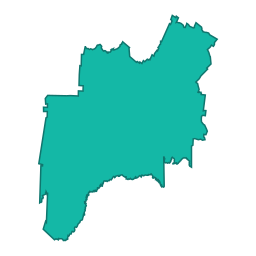 the district of El Chal, Petén, Guatemala
{"feature_id": "79465075B2800048141456", "entity_name": "El Chal", "entity_type": "district", "adm_level": 2, "iso_a3": "GTM", "parent_name": "Guatemala", "parent_adm1": "Petén", "projection": "equal_earth", "projection_center": [-89.714, 16.515], "detail": "fine", "context": "isolated", "style": "filled", "palette": "teal", "viewbox_px": 256, "rotation_deg": 0, "n_neighbors": 0, "source": "geoboundaries", "source_scale": "gbopen_adm2", "svg_char_len": 5795}
<svg xmlns="http://www.w3.org/2000/svg" viewBox="0 0 256 256"><path d="M207.4,49.6L210.3,47.0L211.4,45.1L213.4,46.3L214.4,44.7L214.5,42.5L217.2,39.2L209.7,34.8L208.6,33.0L206.5,32.4L205.1,32.3L202.9,31.7L202.7,30.9L201.7,29.6L201.9,28.6L201.5,27.1L196.0,22.7L194.3,26.6L194.4,27.6L193.3,27.9L189.6,26.3L188.5,24.6L186.8,23.4L186.3,25.2L185.7,26.2L185.3,27.4L184.7,27.2L184.1,27.5L183.6,26.8L183.3,25.3L181.2,23.5L179.3,22.7L178.8,22.8L176.9,22.2L176.3,22.4L178.4,17.8L176.3,16.2L175.8,17.6L172.3,15.4L170.8,19.6L171.4,19.9L172.0,21.1L170.5,24.5L169.5,23.7L161.5,41.7L160.6,41.3L160.5,44.3L159.8,44.6L158.8,46.6L158.0,47.5L158.7,48.2L157.5,50.8L157.0,50.3L154.6,53.5L153.9,56.1L152.1,54.8L149.9,59.8L149.2,59.3L148.3,60.0L147.3,59.2L144.8,61.7L143.4,60.6L141.9,63.5L139.9,62.0L139.5,63.1L137.2,61.5L136.4,62.3L129.7,56.5L129.0,48.2L129.5,47.6L122.7,41.8L122.4,42.7L121.9,43.0L121.5,43.6L121.6,44.4L120.2,44.8L119.9,46.0L120.0,46.5L117.4,48.7L113.9,50.0L113.0,49.8L113.4,48.6L112.2,49.2L111.6,49.2L110.9,49.9L111.4,50.4L110.3,52.1L108.7,52.1L108.4,52.8L107.3,53.0L107.0,52.4L107.2,52.0L106.4,51.9L105.8,51.1L105.1,50.7L104.3,50.7L103.8,51.1L102.9,50.5L102.2,49.2L101.9,49.1L101.3,47.8L101.7,46.3L100.2,44.5L99.2,44.6L98.5,45.1L97.4,45.1L97.0,45.5L96.6,46.6L95.2,48.4L93.9,49.2L93.2,49.2L92.7,49.7L90.7,48.8L89.4,49.5L88.0,48.5L87.0,48.7L86.1,47.9L85.5,46.9L85.3,46.2L83.6,54.4L81.5,54.4L81.2,65.8L79.9,65.6L79.3,74.5L79.0,85.5L83.2,85.8L83.0,91.1L78.4,90.9L78.3,96.0L70.4,95.6L66.7,95.8L47.7,95.4L45.3,98.5L45.7,104.1L47.5,103.9L47.4,107.4L43.5,107.2L43.6,111.5L47.3,111.5L47.2,117.0L46.0,117.8L38.8,163.7L42.6,164.6L42.5,165.9L40.9,165.8L39.7,202.8L40.4,202.3L41.0,202.4L41.7,201.8L41.8,199.0L42.3,198.3L42.8,198.5L43.2,197.6L42.9,196.3L42.6,196.0L42.5,195.6L45.6,194.1L45.9,193.5L45.6,192.7L46.0,192.3L46.1,191.6L46.3,192.0L46.9,194.0L47.2,193.3L47.6,193.3L46.4,222.4L45.6,221.3L43.2,229.2L54.5,239.8L56.0,238.8L56.9,239.3L57.6,239.3L58.3,239.9L58.5,239.6L58.2,238.8L58.7,238.4L59.5,238.8L61.5,238.7L62.8,239.4L63.3,240.5L64.1,240.6L64.7,240.2L65.6,240.5L66.0,240.2L66.4,239.2L67.3,239.4L67.7,239.2L67.7,237.4L68.0,235.8L68.4,236.3L68.8,236.1L69.3,235.4L69.3,234.9L69.8,234.1L71.2,233.9L71.2,233.5L72.2,231.4L73.6,231.9L74.2,231.4L74.7,230.5L74.8,229.5L74.5,228.5L74.7,227.3L75.7,227.0L76.5,227.3L77.3,226.1L77.9,224.3L79.0,223.1L79.8,222.5L80.1,221.3L80.6,220.5L82.2,219.9L82.6,218.9L82.6,218.2L83.2,216.5L83.6,214.0L83.9,213.9L84.0,214.8L84.5,215.0L84.6,214.9L84.2,212.4L85.2,210.5L85.1,209.9L84.9,209.7L85.4,208.9L85.3,207.1L85.8,206.7L86.3,205.6L85.7,204.5L86.1,203.6L85.9,203.2L85.4,203.0L84.7,203.2L84.6,201.7L85.3,201.8L85.8,201.3L86.0,200.8L85.8,199.9L86.2,199.1L86.5,199.2L86.6,199.8L86.9,199.6L86.6,198.5L87.0,198.0L86.7,197.6L86.4,197.9L86.1,197.2L87.4,196.8L87.6,195.5L86.8,195.9L86.6,195.5L86.7,195.1L87.7,194.4L88.0,194.7L88.4,195.3L88.8,195.1L88.6,192.5L89.5,192.2L89.5,191.6L89.7,191.3L91.0,192.0L92.3,191.5L92.5,191.9L92.8,192.0L93.1,191.9L93.9,190.5L94.2,190.5L94.8,191.6L95.1,191.4L95.3,190.3L95.5,190.2L96.3,190.6L96.4,191.3L96.5,191.3L96.8,190.2L97.6,189.2L97.4,188.3L97.5,187.8L97.9,187.7L98.9,188.2L99.1,188.0L99.4,187.2L100.4,186.5L100.5,186.1L100.0,185.6L100.6,184.5L101.4,185.4L101.6,186.0L102.3,186.1L102.3,185.6L102.6,184.8L102.3,184.1L102.3,183.5L102.9,183.8L103.1,183.7L103.4,182.5L103.9,181.1L104.7,180.9L105.4,181.2L106.2,180.8L107.1,181.5L108.5,180.5L109.1,180.7L110.0,179.5L111.2,179.9L113.5,176.5L114.6,176.7L114.7,177.5L115.1,177.3L115.5,176.4L116.3,176.0L118.1,175.5L118.5,176.3L119.6,176.2L119.8,175.4L122.0,174.8L123.5,176.2L125.2,177.2L125.4,177.1L125.5,176.8L126.1,176.8L126.2,179.0L126.8,178.9L128.0,179.5L128.7,178.9L129.7,179.2L130.4,178.4L131.3,179.3L132.7,179.5L133.2,179.1L133.7,179.1L133.9,178.7L134.3,178.3L135.7,178.2L135.3,177.2L135.6,176.8L136.5,177.8L137.4,177.7L139.7,175.6L140.3,175.8L141.2,177.0L141.4,176.7L141.9,175.1L143.7,175.8L145.2,175.0L147.4,175.3L148.2,175.2L148.3,174.7L148.6,174.5L149.4,174.8L150.1,174.6L150.4,174.7L150.8,174.1L151.1,173.9L153.0,176.3L152.5,177.2L152.8,178.0L153.8,178.1L154.4,177.3L155.6,177.8L155.6,179.0L155.9,178.7L156.2,179.4L156.6,178.9L157.2,179.4L156.8,180.3L157.0,180.7L157.3,180.8L157.9,179.8L158.2,179.7L158.2,181.6L158.5,181.8L159.2,180.9L159.7,181.6L159.6,181.8L159.0,182.0L159.0,182.6L159.4,182.9L160.1,182.9L160.2,183.9L161.1,184.6L160.5,184.9L160.6,185.2L161.2,185.6L161.1,186.1L161.8,186.9L162.3,186.3L163.5,187.1L164.0,186.8L164.2,186.3L163.7,156.4L164.8,158.9L164.3,160.1L164.3,161.8L164.8,162.6L165.3,162.6L165.8,162.9L166.5,162.6L167.8,163.2L168.9,162.5L169.6,163.0L170.8,161.4L170.6,160.7L171.6,159.6L171.4,158.7L171.9,157.5L172.4,157.3L172.6,157.9L173.7,158.2L174.1,158.6L174.5,159.9L174.2,160.8L174.4,161.6L174.0,162.8L172.9,163.4L173.0,163.9L174.3,163.6L174.7,163.0L175.3,163.2L176.2,162.7L176.4,162.8L176.4,163.8L177.0,164.1L177.4,163.6L178.1,163.4L179.0,162.1L179.6,161.8L179.7,161.3L180.7,160.7L181.4,159.5L182.8,158.4L182.9,158.2L184.1,157.7L185.1,158.1L186.0,157.7L186.3,157.9L186.8,158.9L187.4,159.0L187.5,159.5L189.6,161.1L189.3,161.9L189.4,162.5L189.2,162.8L189.3,163.6L189.5,163.7L189.2,164.4L189.3,165.3L189.9,166.3L190.5,166.3L190.7,166.7L191.5,167.2L191.5,146.1L192.9,145.2L193.2,138.9L194.9,138.6L198.3,139.7L200.7,139.2L202.5,140.2L205.0,139.7L204.5,137.7L203.8,137.1L203.8,134.4L205.9,134.7L207.3,131.2L206.5,129.1L204.6,125.0L203.6,124.5L201.5,121.9L201.3,119.4L201.5,116.3L202.8,115.3L205.3,115.7L205.9,110.6L204.8,110.5L203.3,110.8L205.3,95.0L201.2,94.5L201.3,93.1L201.0,93.0L200.8,92.2L200.1,92.5L199.4,92.3L199.3,92.0L198.6,92.5L198.0,92.3L199.1,89.4L198.1,85.9L197.6,83.5L196.3,82.7L196.3,82.3L195.9,82.0L199.2,78.8L200.9,75.9L207.6,69.1L206.7,68.1L211.0,64.0L210.3,56.7L209.8,55.9L208.8,52.4L207.4,49.6Z" fill="#14b8a6" stroke="#0f766e" stroke-width="1.5"/></svg>